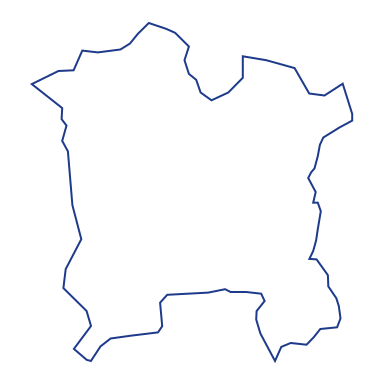 Dibër, Dibër, Albania (Mercator projection)
{"feature_id": "67620474B73468897065558", "entity_name": "Dibër", "entity_type": "district", "adm_level": 2, "iso_a3": "ALB", "parent_name": "Albania", "parent_adm1": "Dibër", "projection": "mercator", "projection_center": [20.381, 41.713], "detail": "fine", "context": "isolated", "style": "outline", "palette": "blue", "viewbox_px": 384, "rotation_deg": 0, "n_neighbors": 0, "source": "geoboundaries", "source_scale": "gbopen_adm2", "svg_char_len": 1125}
<svg xmlns="http://www.w3.org/2000/svg" viewBox="0 0 384 384"><path d="M97.8,52.4L82.3,50.6L73.6,70.3L58.4,71.0L31.8,84.1L62.2,108.1L61.6,119.1L66.5,125.6L62.2,140.9L67.9,151.3L72.4,205.2L81.3,239.2L65.7,269.1L63.4,288.1L86.6,311.0L91.0,326.0L80.6,339.9L73.9,348.9L86.6,359.8L90.9,361.0L100.5,346.4L110.6,338.5L130.7,335.7L158.0,332.4L162.2,326.2L160.1,302.7L167.2,294.8L208.3,292.6L225.1,289.2L230.6,292.0L246.1,292.0L261.2,293.7L264.6,301.0L256.6,311.1L256.2,319.5L260.4,333.5L275.0,361.0L281.3,346.9L290.6,343.0L306.5,344.7L313.6,337.4L320.3,329.0L337.1,327.3L340.5,318.4L338.8,306.0L336.3,298.2L328.3,286.4L327.9,275.2L316.6,259.4L309.4,258.9L313.2,251.0L316.1,240.4L317.8,229.1L320.8,211.2L317.8,202.7L313.2,202.7L315.7,192.0L308.2,178.0L311.1,172.4L314.5,168.4L317.8,156.1L319.9,144.8L323.3,137.5L339.6,127.4L352.2,120.6L352.2,113.9L342.7,83.7L324.5,95.5L309.2,93.5L294.6,68.1L266.2,60.2L242.8,56.3L242.8,77.8L228.3,92.5L211.5,100.3L200.6,92.5L196.2,79.8L188.9,73.9L184.5,60.2L188.9,46.5L175.1,32.8L166.3,28.9L148.8,23.0L137.9,33.8L129.9,43.6L120.4,49.5L97.8,52.4Z" fill="none" stroke="#1e3a8a" stroke-width="2"/></svg>